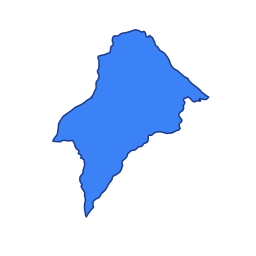 outline of Upper Jloh, Grand Kru, Liberia, rotated 197°
{"feature_id": "62588387B65725534392235", "entity_name": "Upper Jloh", "entity_type": "district", "adm_level": 2, "iso_a3": "LBR", "parent_name": "Liberia", "parent_adm1": "Grand Kru", "projection": "albers", "projection_center": [-8.476, 4.828], "detail": "fine", "context": "isolated", "style": "filled", "palette": "blue", "viewbox_px": 256, "rotation_deg": 197, "n_neighbors": 0, "source": "geoboundaries", "source_scale": "gbopen_adm2", "svg_char_len": 3521}
<svg xmlns="http://www.w3.org/2000/svg" viewBox="0 0 256 256"><g transform="rotate(197 128 128)"><path d="M142.0,31.0L141.6,31.9L141.1,34.2L140.1,36.8L139.4,38.9L138.8,40.3L138.0,41.4L137.9,42.5L138.6,43.3L139.2,44.8L139.7,46.6L139.7,47.5L139.0,49.1L137.6,51.0L135.5,52.8L134.8,54.6L134.5,56.0L134.5,57.2L133.3,59.0L131.6,62.0L131.1,63.9L130.4,67.0L130.0,69.7L129.2,71.0L128.5,73.3L128.2,74.8L128.5,76.3L128.2,77.5L125.6,80.0L123.3,82.9L122.8,84.1L122.3,86.1L122.3,89.1L122.1,90.4L123.4,92.6L123.8,94.5L122.8,96.3L121.5,98.3L120.7,100.7L120.8,103.5L120.0,104.5L118.4,107.2L116.8,108.1L114.8,109.1L114.0,110.3L113.4,111.4L112.7,112.9L111.0,113.6L109.9,114.3L109.0,115.5L108.5,117.2L107.9,118.3L106.8,118.7L105.4,120.3L105.2,122.5L105.7,124.3L106.2,125.9L106.4,126.4L105.6,127.3L103.6,127.8L102.6,128.8L101.9,130.5L99.8,132.3L97.8,133.2L95.6,134.0L92.5,134.0L89.3,134.2L87.4,134.9L85.2,135.8L83.5,137.0L82.4,138.1L80.1,140.3L78.8,140.9L78.0,142.7L78.7,143.7L79.7,145.1L80.2,146.9L79.6,148.4L78.6,149.7L78.7,151.3L81.2,153.2L82.9,154.5L83.3,155.9L83.0,158.0L81.3,159.9L80.5,161.5L80.5,163.1L81.4,164.9L81.5,165.8L81.1,167.7L81.1,169.2L82.7,170.3L83.3,171.5L82.8,172.8L81.3,173.6L79.7,175.5L77.0,174.4L74.8,173.0L73.3,172.4L71.9,172.4L70.8,173.5L69.7,174.5L67.8,174.5L66.7,174.9L67.0,175.7L68.1,176.2L68.2,177.2L67.6,177.3L66.6,177.3L64.9,177.2L63.6,177.7L61.9,177.9L61.1,178.8L60.6,179.7L59.9,181.1L60.3,181.2L63.3,182.1L67.5,183.7L68.9,184.2L69.3,184.9L72.1,186.2L74.0,187.0L76.4,187.7L77.7,188.4L79.5,189.0L81.7,190.1L83.2,190.9L83.6,191.2L84.2,191.9L85.2,192.8L85.9,193.1L87.4,193.2L87.7,193.2L88.0,193.4L88.4,193.4L90.2,194.0L91.3,194.5L97.5,197.3L101.4,198.1L103.8,199.5L106.0,201.4L107.8,204.1L109.4,205.8L111.2,207.4L113.8,209.3L115.5,210.3L118.1,211.1L120.7,211.8L122.2,213.3L123.5,214.3L125.6,215.0L126.7,216.3L127.9,218.2L129.6,219.9L130.8,221.4L132.5,222.0L134.2,222.4L134.3,222.7L134.7,222.4L135.6,220.9L137.0,220.7L137.9,221.5L138.5,222.9L139.2,224.0L140.3,224.8L140.9,225.0L142.5,224.2L143.4,223.6L145.3,224.2L147.9,224.3L150.1,223.9L151.9,222.6L153.5,221.4L155.8,219.8L158.4,218.3L161.3,216.9L162.9,215.4L164.0,213.8L165.0,212.9L167.4,212.2L168.7,211.5L169.0,208.9L168.5,207.1L168.0,205.8L167.0,205.1L166.7,203.5L167.1,202.3L168.0,200.9L167.9,199.1L167.4,196.7L167.5,194.7L168.7,193.8L169.9,193.0L171.1,191.8L173.3,190.4L175.7,189.2L177.3,187.9L177.4,186.5L175.6,184.3L174.8,181.9L174.1,179.5L173.3,176.4L174.0,173.9L173.2,172.0L171.3,170.2L170.6,168.1L170.8,167.2L170.8,165.6L171.8,162.9L171.4,160.4L170.6,158.5L170.1,156.4L170.8,153.3L170.8,151.8L171.6,147.2L172.0,146.9L171.5,146.7L174.8,143.1L177.5,139.2L179.8,136.5L184.1,132.7L188.2,126.9L190.9,123.5L191.5,122.8L193.4,120.2L195.1,114.4L195.6,111.4L194.7,108.1L194.2,104.2L193.8,101.3L194.4,99.3L195.4,97.0L196.1,93.6L195.7,93.5L194.1,93.7L193.0,93.9L192.7,94.0L191.3,94.4L188.9,94.9L187.5,96.4L186.2,97.3L184.9,97.7L183.4,97.9L181.3,98.2L178.9,99.2L177.4,99.8L176.2,98.9L174.3,97.0L173.1,94.7L172.3,94.2L171.2,92.9L169.3,92.5L168.3,91.7L168.1,90.1L168.0,89.0L166.3,88.7L164.6,88.1L164.4,87.1L164.5,85.5L163.2,85.6L162.0,85.1L160.6,84.6L159.7,82.3L158.8,80.6L158.5,78.7L158.6,76.1L158.5,74.3L158.2,72.7L157.9,70.8L158.4,70.3L159.4,68.0L159.5,66.3L159.0,64.6L158.4,63.2L157.5,62.2L155.9,60.9L155.3,60.1L155.8,59.3L155.6,58.1L154.6,57.1L152.8,55.6L150.4,53.5L150.1,52.4L149.9,50.6L148.9,49.2L148.2,48.0L147.4,45.7L147.4,43.5L146.8,40.7L146.0,38.2L145.3,36.6L144.0,34.5L143.4,32.5L142.0,31.0Z" fill="#3b82f6" stroke="#1e3a8a" stroke-width="1.5"/></g></svg>